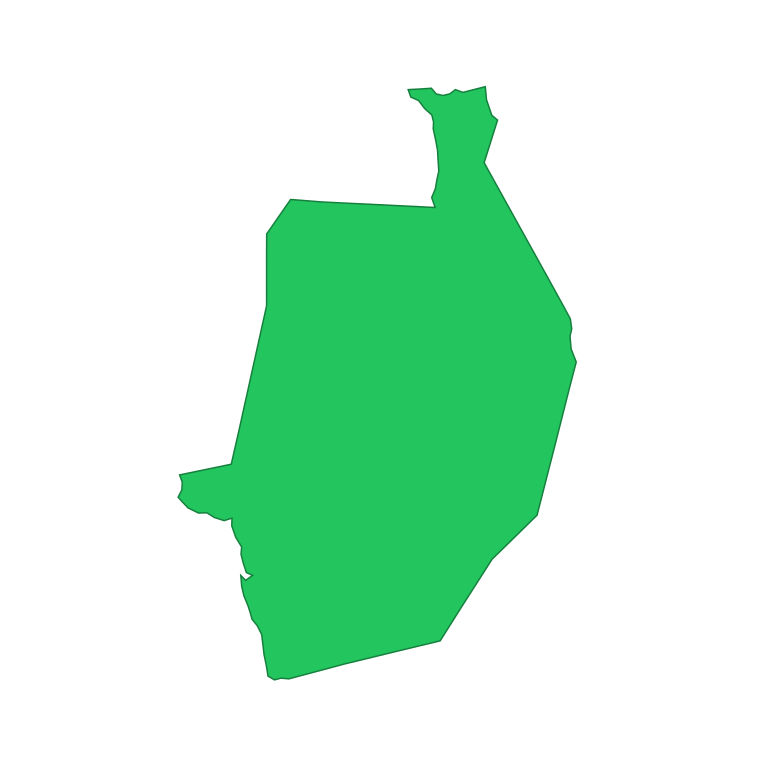 Potengi, Ceará, Brazil (orthographic projection), rotated 280°
{"feature_id": "56859067B77069723419317", "entity_name": "Potengi", "entity_type": "district", "adm_level": 2, "iso_a3": "BRA", "parent_name": "Brazil", "parent_adm1": "Ceará", "projection": "orthographic", "projection_center": [-40.027, -7.067], "detail": "fine", "context": "isolated", "style": "filled", "palette": "green", "viewbox_px": 768, "rotation_deg": 280, "n_neighbors": 0, "source": "geoboundaries", "source_scale": "gbopen_adm2", "svg_char_len": 1197}
<svg xmlns="http://www.w3.org/2000/svg" viewBox="0 0 768 768"><g transform="rotate(280 384 384)"><path d="M663.6,450.0L667.4,443.5L681.7,435.6L694.4,432.1L684.9,411.1L686.3,403.2L681.1,398.3L678.4,392.0L678.7,385.1L683.5,379.3L681.1,369.6L678.1,356.7L671.2,360.6L669.2,368.8L662.4,376.1L657.2,384.4L650.6,387.3L643.8,388.2L633.5,392.4L623.6,396.1L612.9,398.6L603.1,401.0L594.0,400.6L585.4,400.7L575.9,398.6L566.7,403.7L552.6,292.1L549.5,260.0L511.4,242.4L489.9,246.1L440.7,254.8L312.5,249.2L278.5,247.5L259.0,198.5L252.2,202.4L244.6,203.3L236.7,200.9L232.6,206.2L227.9,212.6L224.7,223.7L226.4,232.0L223.1,240.0L221.7,250.3L225.5,257.6L217.9,258.7L207.3,264.6L198.8,272.1L191.4,272.8L183.0,276.6L174.4,281.2L172.7,287.8L166.6,281.8L170.6,276.2L160.0,279.0L151.1,282.8L141.8,288.7L135.3,292.1L129.4,294.9L123.9,301.2L116.1,307.0L104.7,310.5L96.8,312.8L86.3,317.0L76.2,320.5L73.6,327.5L76.4,333.6L77.1,341.5L101.4,393.7L121.6,439.8L140.8,483.9L178.9,499.5L216.8,515.3L230.3,520.9L254.2,538.1L281.4,557.5L353.4,563.0L414.4,567.5L439.0,569.5L451.0,562.2L463.4,558.9L470.9,559.3L480.5,556.2L491.9,547.2L516.5,527.4L619.3,444.2L663.6,450.0Z" fill="#22c55e" stroke="#15803d" stroke-width="1.5"/></g></svg>